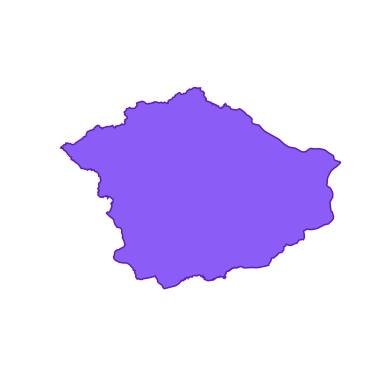 outline of Viengthong, Bolikhamxai, Laos, rotated 300°
{"feature_id": "54806243B87134843513913", "entity_name": "Viengthong", "entity_type": "district", "adm_level": 2, "iso_a3": "LAO", "parent_name": "Laos", "parent_adm1": "Bolikhamxai", "projection": "orthographic", "projection_center": [104.389, 18.699], "detail": "fine", "context": "isolated", "style": "filled", "palette": "violet", "viewbox_px": 384, "rotation_deg": 300, "n_neighbors": 0, "source": "geoboundaries", "source_scale": "gbopen_adm2", "svg_char_len": 6030}
<svg xmlns="http://www.w3.org/2000/svg" viewBox="0 0 384 384"><g transform="rotate(300 192 192)"><path d="M133.7,263.6L134.3,263.4L135.3,263.8L136.2,262.2L137.2,261.9L138.1,262.4L138.3,262.3L138.3,261.9L139.1,261.6L140.9,262.1L141.6,263.1L142.4,263.0L142.8,264.1L143.8,263.8L144.9,264.8L146.0,264.8L146.7,266.2L148.1,266.5L148.4,268.6L149.6,269.6L150.5,269.7L150.6,270.3L152.1,271.8L152.3,272.3L152.0,273.6L152.7,275.7L156.6,281.7L158.7,285.7L160.6,288.3L166.8,295.0L168.2,294.5L171.3,294.8L174.6,294.0L175.5,294.9L175.5,295.4L177.4,296.4L179.2,296.8L180.0,297.4L182.3,297.5L184.7,300.0L187.5,300.4L189.6,299.5L190.3,298.8L192.1,300.1L193.7,299.8L194.1,300.3L194.1,301.8L194.8,303.7L195.9,305.1L198.1,306.4L200.1,308.4L203.9,308.8L206.1,311.3L206.4,312.3L208.2,312.2L209.2,311.8L210.9,310.8L214.0,308.1L217.3,310.1L218.8,313.7L222.0,317.6L224.3,319.6L229.4,322.8L231.3,324.6L232.3,325.9L237.3,327.5L239.2,327.7L241.3,327.0L244.8,323.4L245.2,321.7L252.3,316.5L257.9,316.4L260.7,314.9L262.1,313.7L264.5,310.0L264.9,305.9L265.5,305.2L267.8,304.4L270.1,303.0L273.5,302.1L279.1,301.9L283.2,302.9L285.6,304.2L288.9,305.3L291.6,305.9L292.2,304.9L291.2,301.7L291.0,299.7L291.6,298.4L293.7,296.8L294.2,295.9L294.2,291.6L294.8,286.7L294.7,285.3L293.2,280.7L290.6,276.7L289.1,272.9L287.4,271.8L283.8,270.3L282.5,268.8L281.7,266.6L281.6,259.6L279.9,255.0L279.3,252.6L279.6,247.7L281.1,241.0L280.9,224.9L281.8,221.1L283.4,216.7L282.0,212.3L281.8,210.6L282.1,209.3L282.9,208.3L284.7,207.9L285.6,206.7L286.3,203.8L286.2,200.5L287.2,198.2L288.0,192.8L287.7,191.3L286.4,190.6L285.0,189.1L283.4,184.5L283.7,183.4L284.4,182.7L284.6,180.9L283.7,179.1L285.1,177.3L284.9,177.1L285.1,176.6L284.1,176.7L283.7,176.1L282.9,176.9L282.3,176.6L282.1,176.1L281.2,176.4L280.1,175.4L279.8,175.7L279.3,175.2L278.9,175.2L278.7,174.8L279.1,172.3L279.6,171.8L279.2,171.4L279.5,170.0L279.0,169.6L279.3,169.1L279.1,168.5L279.3,168.2L279.1,165.9L278.4,165.9L278.9,165.4L278.5,164.3L279.2,163.6L278.7,162.8L278.6,160.9L278.1,159.9L278.2,158.5L278.7,158.4L278.9,157.7L279.5,157.9L280.1,157.4L280.4,155.8L280.9,155.5L280.9,154.9L281.9,153.4L283.1,153.6L284.1,152.7L284.6,151.4L284.1,150.1L284.1,148.4L286.4,147.4L285.5,146.3L285.4,145.5L284.0,144.7L284.4,143.8L284.0,142.4L283.0,141.4L282.6,141.4L282.4,140.9L280.6,140.3L279.8,138.4L278.9,138.4L278.5,137.9L277.2,137.4L274.8,137.3L273.8,136.9L273.3,135.6L272.1,135.1L271.1,133.8L271.9,131.9L271.5,131.1L268.5,129.8L267.8,129.1L265.5,129.4L264.4,128.2L262.7,128.2L261.5,127.6L260.9,126.8L259.6,126.0L258.9,125.9L258.0,126.4L257.4,126.3L256.6,126.8L256.2,126.1L256.1,123.4L254.4,122.2L254.3,120.4L252.6,118.8L252.2,116.2L251.4,114.7L250.9,114.0L249.8,114.0L249.6,113.2L247.8,111.7L247.1,110.4L246.2,109.7L245.6,108.1L246.1,105.7L245.6,103.3L243.5,101.8L243.4,101.1L242.5,100.7L241.6,99.7L241.3,99.6L240.4,100.5L238.6,101.4L237.6,100.8L236.2,100.9L235.5,100.1L233.9,97.4L233.9,95.6L232.9,95.5L231.5,93.8L228.9,94.1L227.6,93.3L226.7,93.7L226.2,95.2L225.5,95.0L225.2,95.3L224.7,98.0L224.0,99.0L223.5,99.0L220.8,97.8L220.3,98.5L219.2,98.5L218.3,99.7L216.6,99.6L215.8,98.0L215.8,97.2L214.8,97.1L214.3,96.4L213.1,95.9L211.3,93.3L210.2,93.1L209.9,93.5L208.7,92.9L209.9,90.0L208.9,89.4L208.8,88.9L207.9,88.5L205.8,85.1L205.1,84.9L203.6,83.4L202.0,82.5L202.5,82.2L202.6,81.6L202.2,80.8L202.3,80.3L202.1,79.4L203.0,78.4L202.6,77.1L201.2,76.1L199.4,75.8L198.8,75.4L196.9,75.6L196.5,74.7L195.3,74.2L194.2,72.7L193.3,72.4L191.9,71.2L190.5,71.5L189.0,71.5L187.8,72.3L186.9,72.1L186.3,71.2L185.6,70.8L184.6,70.3L183.0,70.5L182.7,70.0L180.5,68.8L177.1,67.2L176.6,66.6L175.1,66.6L174.4,66.2L172.9,64.2L173.1,62.7L171.6,58.6L171.1,58.3L169.9,58.9L169.3,58.0L168.4,57.3L166.7,57.0L165.6,56.3L164.4,56.3L164.7,57.6L165.5,58.7L164.8,59.0L164.2,60.1L164.1,62.3L163.3,64.5L162.6,65.3L162.4,66.5L161.8,67.9L161.6,69.9L161.8,70.4L160.9,70.8L160.2,70.7L159.9,71.1L160.0,71.9L159.7,72.4L160.3,73.6L159.6,74.6L159.8,75.6L159.3,76.5L159.4,78.5L158.7,81.0L157.1,84.0L157.2,84.9L158.1,86.2L158.2,88.2L159.0,89.5L158.8,90.7L159.8,90.9L160.3,91.5L160.5,92.7L161.6,93.1L160.6,94.3L162.2,96.0L161.3,97.4L161.7,99.7L161.5,100.6L160.7,102.4L159.1,103.3L159.3,105.0L157.9,105.8L157.3,106.8L156.8,106.8L156.3,107.4L155.6,107.3L155.2,107.7L154.5,107.8L153.3,107.0L152.1,107.1L150.0,108.8L147.7,108.8L147.5,109.5L146.6,110.3L146.9,110.8L145.5,111.1L144.7,110.5L143.8,111.8L142.5,111.9L142.5,112.9L141.7,114.0L141.9,115.8L142.5,116.3L142.8,117.6L143.6,117.4L144.2,118.5L145.2,119.1L145.2,119.7L145.9,119.7L146.1,120.2L144.5,122.2L146.2,122.1L146.8,122.5L146.0,127.7L144.6,128.2L143.7,128.0L142.7,128.7L142.4,127.7L141.3,127.7L140.5,129.3L138.7,129.8L138.1,130.4L136.4,130.1L135.0,130.7L132.7,130.2L132.4,129.0L131.4,128.5L130.8,128.6L129.6,133.3L129.4,136.5L128.6,138.2L126.0,140.8L124.0,144.4L125.0,147.7L124.8,149.3L123.5,150.5L121.6,151.4L119.8,153.7L117.6,154.6L116.1,156.9L113.8,159.5L111.9,160.5L110.3,160.4L106.9,158.1L105.8,157.8L104.0,155.8L102.5,155.3L101.3,155.2L97.5,156.6L96.6,156.5L95.3,157.8L94.6,159.8L94.8,164.3L96.3,168.2L97.9,170.9L97.9,174.0L96.4,178.9L94.9,180.4L95.5,180.8L95.4,181.9L93.3,182.7L92.8,184.1L91.9,185.0L90.4,185.7L89.2,187.9L89.4,188.6L90.4,189.2L90.3,190.5L91.1,192.3L92.4,193.1L96.2,197.7L100.9,202.4L100.2,202.9L99.2,205.2L96.7,207.9L96.3,212.5L94.6,215.2L94.4,216.3L102.5,224.6L105.6,226.3L108.7,227.0L109.7,226.8L109.7,227.5L111.1,228.2L110.9,228.8L111.8,229.2L112.9,229.0L113.2,229.9L113.8,229.4L113.9,230.0L115.1,230.0L115.5,230.8L115.2,231.7L116.3,231.4L116.3,232.2L118.0,233.1L118.3,234.6L119.4,234.5L120.1,234.8L120.9,236.3L121.5,236.8L121.7,238.1L123.9,239.6L124.1,240.4L123.5,241.8L124.0,242.1L124.1,243.0L124.5,243.1L123.4,243.6L123.7,244.5L124.2,244.3L124.6,244.8L123.9,245.3L124.0,246.0L122.9,245.9L122.6,246.5L123.1,250.2L125.7,253.3L126.5,252.8L126.0,253.6L126.3,254.4L127.6,254.1L128.0,254.5L127.8,255.2L130.8,256.3L131.0,257.1L131.9,258.4L133.6,258.4L132.7,258.9L133.5,260.1L133.7,261.2L134.3,261.7L134.2,262.2L133.3,262.5L133.8,263.3L133.7,263.6Z" fill="#8b5cf6" stroke="#5b21b6" stroke-width="1.5"/></g></svg>